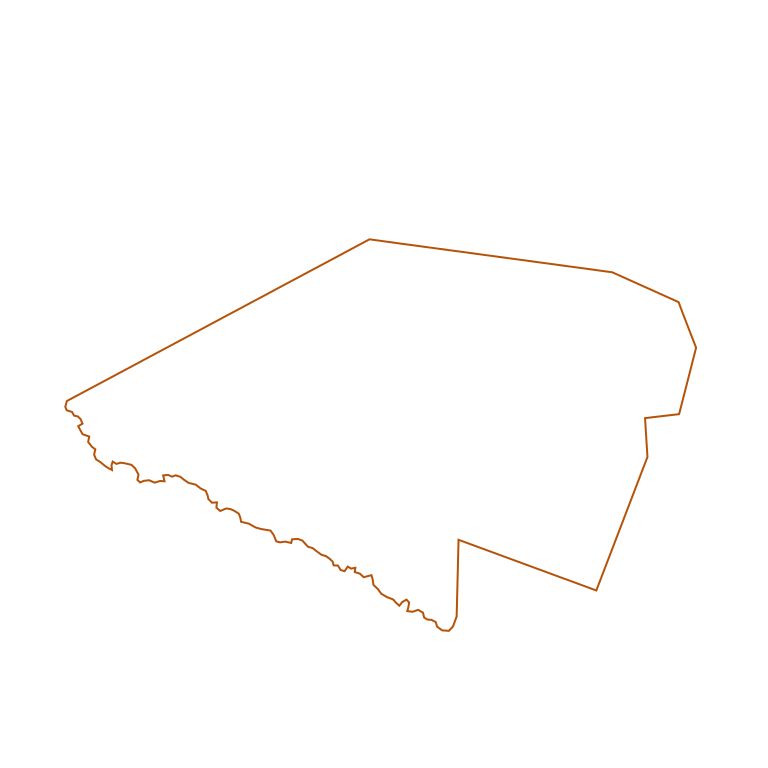 Eliseu Martins, Piauí, Brazil (orthographic projection), rotated 295°
{"feature_id": "56859067B35867854530828", "entity_name": "Eliseu Martins", "entity_type": "district", "adm_level": 2, "iso_a3": "BRA", "parent_name": "Brazil", "parent_adm1": "Piauí", "projection": "orthographic", "projection_center": [-43.764, -7.941], "detail": "fine", "context": "isolated", "style": "outline", "palette": "amber", "viewbox_px": 768, "rotation_deg": 295, "n_neighbors": 0, "source": "geoboundaries", "source_scale": "gbopen_adm2", "svg_char_len": 1714}
<svg xmlns="http://www.w3.org/2000/svg" viewBox="0 0 768 768"><g transform="rotate(295 384 384)"><path d="M201.2,437.0L201.9,442.4L200.3,447.2L205.4,453.4L201.9,456.5L197.5,459.3L195.5,465.2L192.7,470.3L192.1,476.6L192.6,483.3L190.9,487.2L189.5,491.6L194.1,492.7L198.1,495.5L196.6,499.1L192.5,500.3L188.0,501.1L189.7,506.3L193.7,510.3L193.3,515.9L189.3,519.1L188.9,523.0L190.3,526.7L190.1,531.5L186.5,534.7L185.3,540.8L187.7,547.1L193.4,549.0L204.0,548.1L274.3,517.4L286.6,663.7L429.2,653.6L463.4,635.0L481.4,664.2L525.6,655.9L534.6,654.2L548.8,651.5L572.1,627.2L582.7,616.4L581.7,543.6L524.9,361.0L521.7,350.6L519.0,342.1L509.0,309.7L234.6,103.8L228.6,104.8L226.1,107.5L226.8,113.1L224.4,116.4L225.2,120.4L223.9,123.9L220.7,127.5L216.5,124.7L213.4,128.8L211.1,132.1L211.8,139.0L206.4,140.4L203.6,146.0L202.8,150.0L197.5,151.1L194.0,154.9L193.3,160.2L191.9,165.5L191.3,169.1L191.1,173.8L195.1,171.4L199.0,170.9L198.5,175.2L201.4,178.6L202.8,183.4L204.0,189.4L202.3,194.2L198.1,199.8L192.9,201.0L191.7,204.6L194.7,207.2L197.5,211.8L197.7,217.8L201.5,222.1L203.1,226.2L207.8,222.5L210.4,226.8L210.4,231.0L213.2,233.8L213.8,238.8L212.7,243.1L211.8,248.6L213.2,255.9L211.8,262.2L211.8,267.6L208.6,271.1L205.5,273.5L203.7,278.2L206.1,282.6L201.1,284.4L199.7,289.2L204.6,293.7L205.8,298.1L205.8,302.0L205.1,307.2L202.2,310.2L198.7,312.7L200.3,320.6L199.7,328.4L200.7,334.2L203.2,343.1L200.4,348.0L195.8,352.9L196.7,357.0L199.4,361.0L200.7,367.1L204.4,366.3L207.2,371.5L207.6,376.2L204.4,383.8L205.1,388.7L204.0,393.3L202.8,399.5L203.5,404.1L202.7,408.3L201.3,412.6L198.3,415.0L200.0,419.0L197.1,423.3L197.7,427.4L203.2,428.3L202.8,432.2L205.3,435.7L201.2,437.0Z" fill="none" stroke="#b45309" stroke-width="2"/></g></svg>